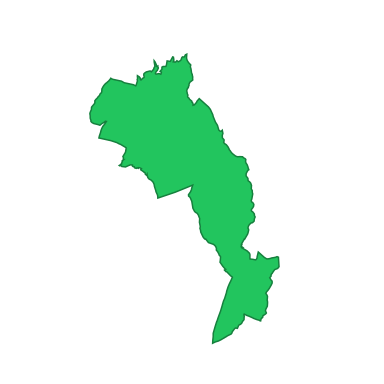 Mariano Escobedo, Veracruz, Mexico (orthographic projection), rotated 41°
{"feature_id": "50627088B59483317107239", "entity_name": "Mariano Escobedo", "entity_type": "district", "adm_level": 2, "iso_a3": "MEX", "parent_name": "Mexico", "parent_adm1": "Veracruz", "projection": "orthographic", "projection_center": [-97.17, 18.926], "detail": "fine", "context": "isolated", "style": "filled", "palette": "green", "viewbox_px": 384, "rotation_deg": 41, "n_neighbors": 0, "source": "geoboundaries", "source_scale": "gbopen_adm2", "svg_char_len": 5993}
<svg xmlns="http://www.w3.org/2000/svg" viewBox="0 0 384 384"><g transform="rotate(41 192 192)"><path d="M69.5,205.1L71.0,205.2L72.9,204.8L76.8,202.8L78.7,202.0L79.2,199.2L79.8,197.8L80.2,195.4L81.1,194.9L81.6,198.4L81.6,200.6L82.1,202.8L82.9,205.1L84.0,207.2L85.3,210.4L86.3,212.3L97.2,206.4L102.0,204.4L102.9,204.0L105.3,203.5L106.9,202.9L113.2,201.8L113.7,202.3L115.7,205.6L116.6,210.6L117.9,211.2L118.8,212.7L118.9,212.8L119.2,212.5L118.9,214.5L119.5,214.8L120.1,216.8L120.5,217.1L120.1,217.8L120.2,218.0L119.7,219.7L120.4,219.6L120.3,218.5L122.3,218.8L125.4,216.7L126.6,214.0L127.7,211.9L129.4,210.7L129.8,211.3L130.0,211.5L130.7,211.5L131.8,210.8L132.3,211.3L132.9,211.4L134.5,210.7L134.6,209.9L135.9,209.4L135.7,209.0L135.5,208.9L135.6,208.7L136.8,208.0L138.5,207.5L138.7,208.8L139.1,208.9L140.0,208.7L141.9,208.5L142.4,208.6L143.1,208.4L143.7,208.2L145.1,209.2L146.8,209.2L146.5,208.1L147.4,208.9L149.3,210.1L151.3,210.4L152.8,209.9L154.2,209.9L156.2,210.1L158.4,211.1L160.1,212.5L163.9,214.8L164.6,215.4L167.7,216.8L168.7,217.5L170.2,219.0L179.5,203.1L188.0,186.3L188.4,187.2L189.4,189.6L190.0,190.4L190.8,193.1L191.1,196.3L192.1,197.3L194.1,197.3L198.0,199.2L203.4,203.7L206.8,205.0L208.2,205.0L209.7,204.7L211.6,205.1L215.2,207.0L217.5,210.0L220.8,212.5L221.5,213.5L221.7,214.1L223.7,215.4L224.9,216.5L229.9,218.7L232.0,219.1L232.9,219.0L233.2,218.5L237.6,219.4L242.6,217.4L244.5,217.4L245.8,217.7L247.4,218.5L248.5,219.9L250.4,220.2L252.8,221.1L254.2,221.9L254.8,221.8L256.1,222.2L258.4,225.3L259.2,226.6L263.8,227.8L267.3,228.3L268.1,228.2L267.7,229.6L270.0,229.8L270.5,229.4L276.4,229.9L278.1,229.7L278.4,229.8L279.5,233.3L280.5,237.0L281.5,240.0L283.3,244.2L284.0,245.3L284.7,246.9L286.5,251.0L287.3,253.6L288.8,256.9L289.5,258.3L291.7,263.2L294.1,269.5L295.6,273.1L295.7,273.7L297.8,278.5L300.7,284.7L303.0,287.4L305.0,290.3L306.8,292.6L308.0,289.8L309.6,287.3L310.8,284.5L313.3,276.8L314.7,273.6L314.7,272.7L314.5,271.9L314.1,271.2L313.8,267.0L314.2,266.0L315.1,265.4L315.6,265.3L315.7,265.1L314.8,262.3L314.8,261.1L315.4,260.2L315.6,258.5L315.0,256.3L315.1,255.5L315.0,254.3L314.6,253.6L313.7,252.8L313.4,251.9L312.9,251.6L312.8,251.4L311.7,250.6L311.7,250.4L311.5,249.9L314.6,249.1L316.0,248.5L320.2,247.2L321.3,247.0L324.8,245.7L327.0,244.6L328.0,244.6L328.4,244.2L327.9,243.5L327.3,242.1L327.3,241.0L327.6,240.8L327.5,240.0L326.9,239.2L326.7,238.6L327.1,237.6L327.4,236.4L327.6,235.2L327.5,234.5L325.4,233.5L324.6,232.0L323.8,228.8L321.7,226.0L320.4,224.7L319.7,224.4L318.5,222.6L317.4,221.2L315.9,220.5L314.1,220.0L313.8,218.2L313.8,216.1L313.6,214.1L312.8,210.1L312.2,208.1L311.1,206.9L310.5,206.6L309.6,206.6L306.9,205.7L306.9,203.7L306.1,202.9L306.2,202.4L305.7,201.7L305.9,200.9L305.7,199.9L305.3,196.4L306.8,193.5L306.7,191.3L300.0,184.5L298.6,185.0L297.9,186.4L297.0,187.6L295.4,189.5L294.7,190.7L293.7,192.1L292.7,193.1L292.1,193.5L289.5,193.9L281.4,193.8L283.6,198.1L284.3,199.0L284.7,200.5L284.6,201.4L284.4,201.6L282.2,202.8L279.8,204.5L278.7,203.5L277.3,201.8L276.5,201.0L275.4,200.5L272.2,200.3L266.3,201.4L266.8,200.5L264.6,200.7L264.2,199.0L263.6,199.1L262.3,193.2L262.7,193.1L261.6,187.3L261.3,186.7L261.1,186.0L260.6,185.3L260.1,184.1L259.2,183.0L258.1,182.7L257.5,181.9L256.8,180.2L256.7,178.6L257.0,176.4L257.8,175.5L258.0,173.3L256.6,171.2L256.2,169.9L256.0,169.4L254.5,168.8L253.5,167.7L251.8,167.3L250.5,167.1L249.8,167.4L248.8,167.0L248.3,166.0L248.2,164.0L247.9,162.5L246.9,160.9L245.9,160.4L244.6,160.1L243.8,160.4L242.4,159.8L241.7,158.0L239.1,153.6L237.6,152.6L236.7,151.5L234.5,150.6L233.9,149.7L233.3,149.0L232.7,148.1L230.5,146.8L228.7,146.5L227.1,146.7L226.5,146.3L225.2,145.0L222.3,144.4L220.8,142.6L220.2,140.2L220.0,138.8L220.3,137.9L218.8,137.1L217.5,136.2L215.6,135.2L213.7,134.7L212.4,133.8L211.2,132.1L210.0,132.0L208.3,132.4L207.1,132.2L204.9,133.9L203.3,135.5L201.4,136.3L197.8,136.5L195.9,136.4L193.7,135.8L192.2,135.6L191.8,135.2L189.5,134.3L186.9,133.8L184.8,134.1L183.4,133.8L182.6,132.3L181.8,131.5L180.6,131.4L179.4,131.2L177.7,129.4L176.9,127.5L174.3,125.5L174.2,127.1L172.9,127.7L171.5,127.6L167.5,125.0L166.0,124.5L163.9,123.9L158.6,121.2L156.9,120.0L151.6,117.6L148.6,117.0L136.2,116.8L136.2,120.2L136.6,121.4L136.6,124.7L135.9,125.8L135.5,125.2L134.9,124.8L133.7,124.2L133.0,124.3L132.4,123.6L129.2,123.6L127.9,123.1L127.4,123.3L126.4,123.1L126.0,122.7L125.5,121.8L124.9,121.3L123.9,120.9L122.8,119.9L121.7,119.2L120.9,117.6L120.6,116.6L120.8,115.7L120.1,114.7L120.0,113.8L119.0,112.6L118.4,110.6L119.1,107.0L117.6,105.5L117.2,104.8L115.4,103.5L115.0,103.1L113.5,102.4L110.4,99.7L108.6,98.6L107.8,97.1L107.2,96.7L106.2,96.9L103.0,96.2L101.6,95.6L100.0,94.5L97.6,91.4L97.0,92.8L97.6,95.0L97.3,95.5L96.3,96.1L96.1,96.9L96.3,97.7L96.9,99.1L97.1,99.9L97.0,100.6L96.7,101.4L96.5,102.2L96.4,102.5L96.1,102.7L94.5,102.8L94.4,104.6L94.1,105.0L92.5,106.0L92.4,105.2L91.1,103.7L89.5,102.4L88.8,102.7L89.9,107.7L87.2,109.4L89.3,112.8L89.9,114.4L87.8,116.3L87.8,116.6L87.4,117.2L87.5,117.6L88.9,119.3L88.7,120.4L88.8,121.9L90.3,121.6L90.8,122.5L91.2,123.6L89.4,124.3L87.6,126.6L86.9,126.7L86.5,126.4L86.2,125.5L86.0,124.6L86.0,122.9L85.3,120.6L84.8,120.2L84.3,120.1L83.6,119.4L83.5,119.8L82.9,120.4L82.1,119.6L78.8,118.1L77.4,117.8L78.3,118.8L81.6,121.5L81.8,123.0L82.5,124.6L82.5,127.9L81.0,128.1L80.0,129.5L78.7,131.4L78.2,133.4L78.2,134.5L78.9,135.4L80.6,136.7L80.6,137.4L80.2,138.4L80.0,140.9L79.5,141.1L78.2,140.0L76.7,139.7L74.5,140.0L75.2,140.9L76.3,141.8L76.9,143.2L77.9,143.9L79.7,147.9L79.9,148.8L77.3,149.5L69.2,154.0L66.1,154.6L58.3,158.9L56.7,159.4L56.1,159.4L56.2,160.1L56.3,162.9L56.0,164.6L56.0,165.4L55.6,166.8L55.6,169.2L55.8,170.9L56.1,172.0L56.3,173.1L56.9,174.0L58.3,175.8L58.5,177.2L58.3,177.6L58.3,178.2L58.8,179.7L58.8,180.4L58.7,182.3L58.9,183.1L58.7,185.2L58.8,186.4L58.9,187.1L59.8,187.8L59.9,188.1L60.4,189.1L60.5,193.4L60.6,194.0L61.9,195.7L62.3,196.6L62.4,197.2L63.1,199.1L63.4,199.7L64.0,200.3L65.1,201.2L66.8,203.1L68.9,204.4L69.5,205.1Z" fill="#22c55e" stroke="#15803d" stroke-width="1.5"/></g></svg>